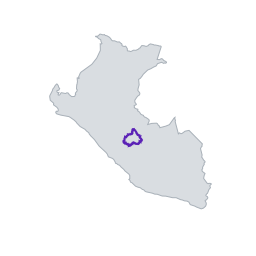 Oxapampa, Pasco, Peru (highlighted), rotated 344°
{"feature_id": "86281439B19526712257024", "entity_name": "Oxapampa", "entity_type": "district", "adm_level": 2, "iso_a3": "PER", "parent_name": "Peru", "parent_adm1": "Pasco", "projection": "albers", "projection_center": [-75.08, -10.181], "detail": "fine", "context": "in_parent", "style": "outline", "palette": "violet", "viewbox_px": 256, "rotation_deg": 344, "n_neighbors": 0, "source": "geoboundaries", "source_scale": "gbopen_adm2", "svg_char_len": 7185}
<svg xmlns="http://www.w3.org/2000/svg" viewBox="0 0 256 256"><g transform="rotate(344 128 128)"><path d="M183.1,75.1L183.0,75.8L182.1,76.1L181.3,75.6L180.1,75.7L178.4,74.1L174.1,74.3L172.2,76.1L169.4,76.5L166.3,77.3L162.9,77.7L157.4,80.6L156.1,81.8L153.6,83.6L151.6,84.2L150.6,89.6L148.6,92.8L147.8,94.6L148.9,97.2L148.8,98.5L147.7,99.6L146.8,99.7L145.0,100.8L142.2,103.2L141.7,105.1L142.6,107.5L142.3,107.8L140.0,108.3L140.0,109.6L139.6,110.2L141.5,112.1L142.6,112.6L142.6,113.1L142.4,113.6L142.0,113.8L142.0,114.2L143.3,115.7L144.3,118.6L146.3,120.1L146.4,121.0L146.9,122.0L148.0,122.7L150.4,125.6L150.4,127.0L147.9,130.1L152.1,130.1L156.7,131.2L157.3,131.7L157.8,133.1L157.9,134.1L158.8,134.8L158.7,136.5L164.8,136.6L168.7,136.2L175.1,131.1L176.1,130.7L175.6,131.8L175.5,132.6L175.8,133.5L175.1,134.8L174.8,147.5L176.0,146.8L177.4,148.1L178.5,148.1L182.0,146.8L186.0,147.1L195.1,163.8L194.3,165.0L194.3,165.8L193.2,166.5L192.0,167.8L191.8,174.4L190.8,176.4L191.3,177.5L191.8,179.6L192.6,180.9L192.8,181.7L192.7,182.0L191.4,182.7L191.3,183.9L188.9,186.2L188.5,187.8L187.6,188.3L187.4,190.1L189.5,193.0L188.1,194.7L186.8,197.3L188.8,202.8L189.7,203.6L190.6,203.5L192.0,204.0L192.7,204.8L191.0,205.8L190.7,206.3L190.8,208.1L188.9,209.4L186.4,212.7L185.7,212.9L184.4,213.9L184.2,214.4L184.4,214.9L185.4,215.9L185.5,217.2L183.7,218.7L182.5,218.8L182.0,219.2L182.5,221.3L182.4,222.3L182.0,223.3L181.1,224.5L178.5,225.8L176.1,225.9L172.0,222.8L170.7,221.5L166.7,218.8L166.1,216.0L164.7,214.6L162.2,213.6L160.3,212.1L158.8,211.4L155.1,208.3L151.7,207.3L145.5,203.9L142.1,202.8L137.8,199.7L135.4,198.9L133.5,197.4L127.8,194.3L126.9,193.4L126.1,191.8L124.8,190.9L123.4,188.9L121.2,187.6L119.2,186.0L116.7,181.7L115.5,180.7L115.4,178.7L114.6,177.8L115.8,177.1L116.6,174.1L116.1,172.5L113.2,168.4L112.6,166.7L110.5,163.5L109.7,161.6L108.0,160.2L107.3,159.0L106.3,158.5L106.3,157.1L105.6,154.3L104.6,152.9L101.2,150.3L100.9,147.4L100.1,145.4L95.3,137.5L92.5,129.8L90.1,125.5L89.1,123.1L89.0,121.7L87.3,119.5L86.3,117.4L82.4,113.4L80.1,109.0L79.7,107.7L78.2,105.3L75.6,102.1L74.4,100.8L66.8,97.0L63.3,94.7L62.8,93.5L63.0,92.8L63.7,92.1L64.8,92.6L65.5,92.3L66.0,91.5L66.0,90.1L65.3,88.4L62.8,85.2L63.4,83.7L60.9,79.9L61.4,76.2L61.9,75.2L65.5,71.4L66.5,69.8L68.0,68.8L69.6,67.2L71.5,66.0L72.1,66.4L72.7,68.4L72.6,69.8L73.2,71.2L71.9,72.6L70.4,72.4L69.9,72.7L69.7,73.3L69.9,74.4L70.3,74.8L71.4,74.8L69.9,76.8L70.1,77.2L71.1,77.5L72.0,77.0L73.1,75.9L73.7,75.7L77.4,77.6L79.1,77.3L80.4,78.2L80.6,79.6L82.5,82.3L85.2,82.9L85.7,82.7L86.3,81.7L86.9,81.5L87.0,80.0L89.3,78.3L89.7,77.2L89.3,76.4L89.4,75.8L90.7,72.2L91.2,71.8L91.6,70.6L92.1,69.9L92.9,65.9L93.5,65.9L94.2,66.8L94.9,66.6L94.5,65.7L94.6,65.3L97.2,62.1L98.1,61.4L110.8,56.8L117.2,52.2L122.8,45.8L124.5,39.4L125.2,39.9L126.2,39.7L125.9,37.1L126.1,35.9L126.1,35.5L124.3,33.9L123.6,32.3L122.1,31.3L122.1,30.9L123.8,31.3L125.2,31.1L126.5,30.1L127.5,30.2L129.6,31.6L131.1,31.7L131.6,32.8L133.1,33.5L135.3,35.8L136.3,38.2L136.2,38.6L137.1,39.9L139.2,40.5L141.3,42.3L143.5,42.9L144.4,44.5L145.0,45.0L145.3,45.9L144.9,47.0L145.3,47.6L146.8,48.6L148.2,48.6L148.5,49.1L149.2,51.7L148.7,53.1L148.9,53.8L150.7,54.5L151.2,55.1L152.6,55.2L154.6,54.7L157.1,55.5L159.0,55.2L159.9,55.0L160.8,54.4L161.6,54.4L163.6,52.8L164.1,52.6L166.2,53.4L167.9,54.6L170.1,54.4L171.0,53.7L172.6,53.3L175.4,54.8L176.0,55.5L176.8,55.6L179.8,57.1L180.4,57.7L182.0,58.2L182.3,58.7L182.2,59.2L174.9,70.1L177.1,71.0L179.1,70.5L180.2,71.2L181.0,73.0L182.5,74.3L183.1,75.1Z" fill="#d9dde1" stroke="#a8b0b8" stroke-width="1"/><path d="M135.2,135.9L135.2,135.7L135.1,135.3L135.0,135.1L134.9,135.0L134.7,135.0L134.7,134.9L134.8,134.4L134.7,134.3L134.8,134.0L134.7,133.6L134.4,133.2L134.3,132.9L134.3,132.7L134.2,132.5L134.3,132.4L134.3,132.2L134.1,132.0L133.9,132.0L133.8,131.9L133.4,131.8L133.4,131.5L133.4,131.4L133.3,131.2L133.2,131.1L133.3,131.0L133.4,130.8L133.4,130.7L133.1,130.7L132.9,130.6L132.5,130.5L132.4,130.4L132.2,130.4L131.9,130.6L131.7,130.9L131.7,131.0L131.6,131.3L131.6,131.5L131.7,131.8L131.5,132.1L131.4,132.1L131.4,132.3L131.4,132.5L131.2,132.6L131.2,132.8L130.9,132.8L130.9,133.0L130.7,133.2L130.8,133.3L130.8,133.5L130.6,133.7L130.6,133.8L130.5,134.0L130.8,134.0L130.8,134.3L130.7,134.4L130.7,134.5L130.4,134.7L130.2,134.4L130.0,134.6L129.4,134.8L129.1,134.9L129.0,134.6L128.8,134.6L128.7,134.5L128.4,134.5L128.3,134.4L128.1,134.6L127.9,134.7L127.5,134.6L127.2,134.6L126.8,134.4L126.5,134.1L126.2,134.0L125.9,133.9L125.8,134.0L125.6,133.9L125.8,134.1L125.8,134.4L126.0,134.6L126.0,134.8L125.9,134.9L125.9,135.0L125.7,135.0L125.0,135.0L124.7,135.1L124.6,135.3L124.8,135.4L124.7,135.6L124.3,135.7L124.2,135.7L124.1,135.9L124.0,136.2L123.9,136.3L123.8,136.2L123.6,136.1L123.3,136.1L123.1,136.2L122.8,135.9L122.7,135.8L122.6,136.2L122.6,136.3L122.6,136.5L122.1,136.6L121.9,136.8L121.8,137.0L121.7,137.1L121.7,137.3L121.6,137.5L121.5,137.9L121.5,138.0L121.5,138.5L121.4,138.7L121.2,138.9L120.9,138.9L120.6,139.1L120.4,139.0L120.2,139.0L120.0,139.5L119.9,139.6L119.9,139.9L119.8,140.2L119.9,140.4L119.9,140.7L119.9,140.9L119.9,141.0L120.1,141.1L120.3,141.1L120.4,141.3L120.5,141.1L120.8,141.0L121.0,141.0L121.3,141.0L121.6,141.1L121.9,141.3L121.8,141.9L121.9,142.0L122.0,142.3L121.9,142.4L121.9,142.5L121.8,142.8L121.9,143.0L122.0,143.1L122.4,143.0L122.5,143.0L122.8,143.3L123.0,143.3L123.1,143.2L123.3,143.4L123.1,143.6L123.3,143.7L123.5,143.7L123.5,143.9L123.5,144.0L123.4,144.3L123.5,144.5L123.6,144.4L123.6,144.5L123.8,144.5L124.0,144.7L124.0,144.4L124.3,144.4L124.5,144.5L124.6,144.4L124.8,144.5L124.9,144.9L124.8,145.3L124.7,145.4L124.6,145.5L124.8,145.5L125.1,145.5L125.2,145.2L125.3,144.9L125.4,145.0L125.5,145.1L125.7,145.3L125.9,145.4L126.1,145.3L126.1,145.2L126.3,145.0L126.4,144.8L126.4,144.5L126.5,144.5L126.8,144.6L127.1,144.4L127.3,144.5L127.3,144.4L127.6,144.3L127.8,144.1L127.9,143.9L128.0,143.7L128.2,143.4L128.4,143.4L128.5,143.6L128.8,143.6L128.8,144.0L129.1,144.2L129.1,144.3L129.3,144.3L129.4,144.2L129.6,144.4L129.8,144.5L129.8,144.4L130.1,144.6L130.3,144.5L130.3,144.3L130.1,144.0L130.1,143.9L130.5,144.2L130.6,144.5L131.1,145.3L131.3,145.2L131.4,145.3L131.5,145.2L131.7,145.3L131.9,145.5L132.0,145.6L132.1,145.8L132.3,145.9L132.5,145.7L132.8,145.7L132.8,145.9L133.0,146.0L133.3,146.1L133.5,146.2L133.7,145.9L133.8,146.0L134.0,146.0L134.3,145.9L134.3,145.7L134.3,145.4L134.6,145.3L134.6,145.2L134.9,145.1L135.0,145.1L135.4,145.1L135.5,144.8L135.4,144.6L135.4,144.4L135.5,144.4L135.7,144.5L135.7,144.4L135.8,144.5L135.8,144.4L135.9,144.2L136.1,144.2L136.4,143.7L136.6,143.6L136.8,143.4L137.1,143.4L137.1,143.2L137.3,143.1L137.7,143.2L137.8,143.2L137.8,143.3L138.0,143.4L138.0,143.5L138.1,143.4L138.0,143.1L138.0,142.9L137.8,142.4L137.7,142.1L137.6,141.8L137.6,141.7L137.4,141.4L137.2,141.2L136.9,141.0L136.9,140.9L136.9,140.7L136.8,140.4L136.7,140.3L136.8,140.0L137.0,139.8L136.9,139.8L136.8,139.7L137.0,139.5L137.1,139.3L137.1,139.2L137.1,138.8L137.0,138.7L137.1,138.4L136.9,138.3L136.8,138.2L136.7,138.3L136.7,138.2L136.3,138.1L136.2,138.0L136.2,137.8L136.2,137.7L135.7,137.6L135.5,137.4L135.5,137.1L135.4,137.1L135.4,136.9L135.2,136.9L135.1,136.6L135.1,136.4L135.0,136.2L135.2,135.9Z" fill="none" stroke="#5b21b6" stroke-width="2"/></g></svg>